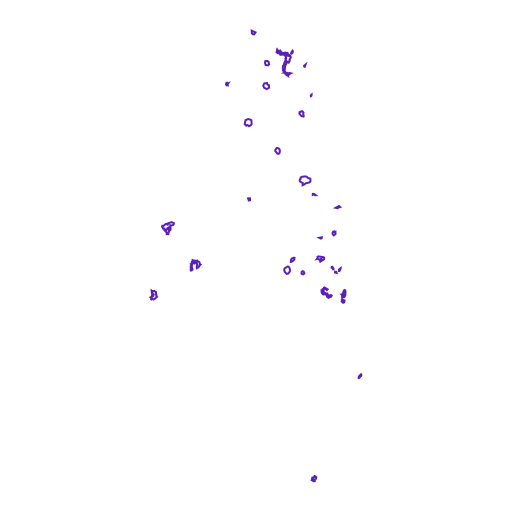 Lau, Eastern, Fiji (Natural Earth projection)
{"feature_id": "14151628B80423492752803", "entity_name": "Lau", "entity_type": "district", "adm_level": 2, "iso_a3": "FJI", "parent_name": "Fiji", "parent_adm1": "Eastern", "projection": "natural_earth1", "projection_center": [-179.094, -18.709], "detail": "fine", "context": "isolated", "style": "outline", "palette": "violet", "viewbox_px": 512, "rotation_deg": 0, "n_neighbors": 0, "source": "geoboundaries", "source_scale": "gbopen_adm2", "svg_char_len": 6003}
<svg xmlns="http://www.w3.org/2000/svg" viewBox="0 0 512 512"><path d="M278.0,50.5L277.7,51.0L278.1,51.5L278.0,50.9L278.8,51.6L279.4,51.5L279.5,52.6L280.3,52.7L280.5,54.8L283.3,54.5L284.8,55.4L285.6,56.4L286.1,57.8L286.1,58.4L285.4,58.8L286.3,60.7L285.8,61.0L285.4,60.7L284.2,63.2L284.0,64.6L283.0,65.9L282.8,67.5L283.0,70.5L283.4,71.1L284.0,71.0L284.5,72.4L285.1,66.1L287.1,62.0L287.6,61.9L288.5,62.7L288.9,62.5L289.7,60.7L289.4,60.1L290.8,57.4L290.4,56.0L289.6,56.1L289.3,55.1L288.4,54.5L287.5,52.9L286.8,53.0L286.9,54.7L287.6,55.7L286.9,55.6L286.6,53.4L286.1,52.9L285.8,53.1L285.8,54.7L285.7,53.9L285.1,54.0L285.0,52.7L283.4,53.1L281.7,52.5L282.5,53.0L281.9,53.0L282.0,53.7L281.5,53.8L280.8,51.3L280.1,50.5L279.2,51.2L278.0,50.5ZM306.9,176.8L305.1,176.4L302.2,176.8L300.7,177.5L300.5,179.0L299.9,179.3L299.7,180.8L300.1,181.6L302.8,183.1L302.6,185.2L304.4,184.4L305.5,183.4L309.7,182.3L310.5,181.1L310.3,178.7L307.6,177.8L306.9,176.8ZM173.8,223.0L171.7,222.2L168.0,223.3L167.5,223.7L167.8,224.6L167.4,224.7L166.7,223.8L165.7,224.0L163.5,225.9L162.8,226.2L162.3,225.9L162.0,226.6L163.2,228.6L164.2,228.6L164.2,229.3L164.9,229.4L164.6,229.8L165.1,229.9L165.2,230.4L166.3,229.9L165.5,231.4L166.7,232.3L166.7,234.1L168.3,234.1L169.1,230.7L169.8,230.6L170.6,229.6L170.5,228.2L169.2,228.7L168.4,229.6L167.7,229.2L168.0,228.8L167.5,228.8L167.4,228.3L170.4,226.5L170.3,225.2L171.2,225.5L173.0,225.1L173.8,224.2L173.8,223.0ZM248.0,119.1L245.6,120.1L244.7,124.1L246.3,125.7L247.6,125.0L248.9,126.2L249.3,126.1L250.9,125.1L251.6,124.0L251.5,121.1L251.3,120.2L250.1,119.5L248.0,119.1ZM193.5,260.6L192.6,260.1L192.5,261.3L191.8,261.9L191.7,263.6L190.9,264.1L191.5,264.9L190.7,266.2L190.9,268.6L190.6,270.0L191.0,270.6L191.9,270.2L192.2,269.5L193.3,269.3L192.6,269.2L192.2,268.5L191.7,266.1L192.3,264.1L193.5,262.8L194.5,263.4L194.8,262.7L196.5,262.7L196.3,263.0L197.3,264.5L196.8,265.4L196.9,268.1L198.6,267.2L199.4,265.6L200.6,264.6L199.8,264.0L199.5,262.3L198.9,261.7L197.7,261.4L197.4,261.8L197.2,261.2L196.8,261.8L196.6,261.2L196.2,261.5L196.1,260.8L195.4,260.7L194.7,261.3L194.4,260.5L193.5,260.6ZM154.2,291.1L154.0,290.2L153.8,291.1L152.6,291.0L152.5,291.6L152.1,291.2L152.2,291.9L151.7,291.5L151.9,293.4L152.9,293.9L152.5,294.5L153.3,294.5L153.4,295.7L153.1,296.0L152.6,295.0L152.1,295.0L151.9,296.7L150.6,297.3L151.2,297.8L151.2,298.7L151.7,298.4L151.9,299.3L152.5,299.0L153.7,299.5L157.0,296.9L156.4,296.3L156.5,295.1L155.6,294.4L156.1,293.6L156.0,292.1L154.2,291.1ZM288.4,266.6L287.4,266.6L284.6,268.4L284.2,269.9L284.7,271.8L286.7,273.9L288.3,273.5L289.8,271.5L290.0,270.0L289.5,267.9L288.4,266.6ZM266.7,89.1L269.1,87.7L268.9,85.2L267.4,84.5L267.1,83.1L264.3,83.4L263.2,85.6L264.1,87.7L266.7,89.1ZM324.6,287.5L323.9,287.7L323.9,288.7L322.5,289.2L322.0,290.4L321.5,290.4L321.7,292.7L322.1,293.4L323.2,294.5L324.2,294.2L326.5,294.7L327.2,296.9L328.5,297.8L331.1,296.7L331.7,295.6L331.2,295.1L330.8,295.1L331.1,295.8L330.6,296.5L329.4,296.5L328.0,294.7L327.2,294.6L327.2,293.5L326.3,293.6L323.4,292.2L322.9,291.0L323.6,290.7L323.4,289.8L323.7,289.4L325.7,288.8L326.8,290.1L327.6,289.3L324.6,287.5ZM278.5,148.3L276.7,148.0L275.3,150.0L275.2,150.9L277.4,153.7L278.7,153.8L279.5,153.1L279.9,150.7L279.4,149.2L278.5,148.3ZM318.6,256.4L317.6,256.8L317.7,258.0L317.0,258.9L317.7,258.7L319.7,259.8L319.9,260.4L320.5,259.0L321.5,258.8L321.9,259.7L321.5,260.9L324.0,259.3L324.2,257.8L323.6,257.2L318.6,256.4ZM301.3,111.3L299.5,112.2L299.4,113.7L301.6,116.2L303.6,116.5L304.0,115.8L303.8,116.0L303.2,114.0L303.5,112.6L302.4,111.3L301.7,111.6L301.3,111.3ZM344.4,290.0L343.5,291.3L343.4,294.5L342.8,293.5L342.4,294.3L341.5,294.5L341.9,294.9L342.2,297.9L342.7,297.1L342.3,296.0L342.9,295.1L343.0,296.2L343.9,295.5L344.2,296.1L343.5,296.7L343.9,297.2L344.5,296.9L345.3,295.5L345.5,291.7L345.2,290.3L344.4,290.0ZM267.5,61.0L265.3,61.1L265.0,63.0L265.7,65.1L268.2,65.3L269.2,64.2L268.7,63.2L268.8,62.1L267.5,61.0ZM294.5,257.9L293.8,257.7L291.6,258.6L291.0,260.1L290.8,261.9L291.6,261.8L293.5,260.5L294.3,259.5L294.5,257.9ZM254.2,34.4L255.5,32.4L251.7,30.7L251.9,33.4L253.2,34.4L254.2,34.4ZM334.9,232.2L334.2,231.4L333.7,231.9L333.2,231.7L332.7,232.6L332.5,233.8L333.8,235.4L335.5,234.0L335.4,231.9L334.9,232.2ZM313.6,479.8L313.1,478.4L313.7,477.3L312.3,477.6L311.7,480.2L313.8,481.3L314.8,481.1L314.8,479.8L313.6,479.8ZM302.6,271.2L301.7,271.8L301.5,273.5L302.3,274.2L303.4,274.3L304.3,273.5L304.3,272.9L303.6,271.5L302.6,271.2ZM342.5,300.4L342.1,299.7L341.8,300.1L341.7,301.5L342.2,302.1L342.9,302.6L343.1,302.1L344.0,302.4L344.4,302.0L344.6,300.5L343.5,300.0L342.5,300.4ZM358.9,378.1L361.0,376.1L361.4,375.0L361.0,374.3L359.2,376.1L358.5,377.8L358.9,378.1ZM340.1,207.0L339.0,206.0L335.7,207.8L337.7,208.2L338.6,207.4L340.1,207.0ZM290.8,73.3L289.7,73.0L289.1,73.8L288.2,73.2L287.6,74.2L287.2,74.0L287.8,73.8L287.3,73.3L287.1,74.0L286.7,73.8L287.1,74.3L286.6,74.6L287.6,75.4L287.3,74.5L287.7,74.7L288.1,75.6L289.7,73.8L290.8,73.3ZM227.1,82.7L226.4,82.9L226.0,84.5L226.5,85.3L227.8,85.4L227.6,84.3L228.2,83.4L227.7,83.6L227.1,82.7ZM250.0,198.3L248.1,198.3L248.8,200.5L250.0,200.2L250.0,198.3ZM292.9,51.3L292.6,50.7L291.4,52.2L291.1,53.6L291.6,53.7L292.6,52.8L292.9,51.3ZM285.3,72.1L284.6,72.5L284.9,72.5L284.9,73.4L286.3,74.8L286.5,74.4L285.3,72.1ZM332.4,266.8L331.8,266.9L331.6,267.7L332.5,268.0L333.0,269.3L333.5,269.4L333.4,268.5L332.4,266.8ZM339.4,271.0L340.7,268.5L340.7,268.1L339.0,269.5L339.0,271.0L339.4,271.0ZM314.6,476.1L314.4,477.1L315.4,477.4L316.1,478.1L316.3,477.2L315.4,476.3L314.6,476.1ZM321.7,238.2L321.8,237.3L319.3,237.8L320.8,238.6L321.7,238.2ZM314.1,193.9L312.8,193.9L312.8,194.7L313.4,194.3L314.9,195.2L315.7,195.2L314.1,193.9ZM304.7,66.8L305.5,64.6L304.1,65.7L304.4,66.8L304.7,66.8ZM336.3,271.8L335.1,271.8L335.0,272.5L336.6,272.9L336.3,271.8ZM277.2,51.6L276.9,50.8L276.6,52.3L277.3,52.8L277.7,51.9L277.5,50.9L277.2,51.6ZM311.6,94.6L310.8,95.3L310.9,96.2L311.3,96.0L311.6,95.0L311.6,94.6ZM280.0,53.5L278.5,52.9L278.5,53.2L279.4,53.7L280.0,53.5Z" fill="none" stroke="#5b21b6" stroke-width="2"/></svg>